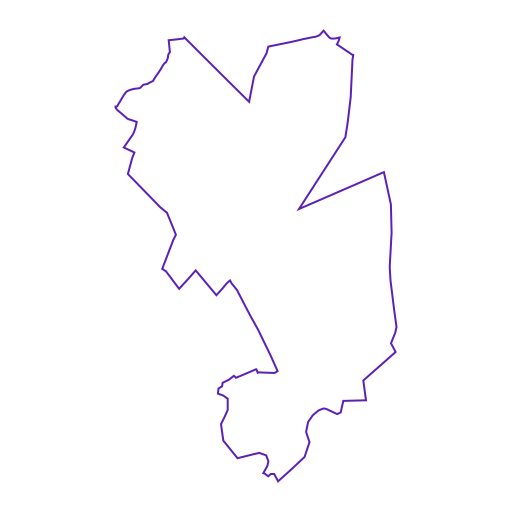 Eleme, Rivers, Nigeria (Natural Earth projection)
{"feature_id": "59680162B65190975434062", "entity_name": "Eleme", "entity_type": "district", "adm_level": 2, "iso_a3": "NGA", "parent_name": "Nigeria", "parent_adm1": "Rivers", "projection": "natural_earth1", "projection_center": [7.122, 4.777], "detail": "fine", "context": "isolated", "style": "outline", "palette": "violet", "viewbox_px": 512, "rotation_deg": 0, "n_neighbors": 0, "source": "geoboundaries", "source_scale": "gbopen_adm2", "svg_char_len": 2289}
<svg xmlns="http://www.w3.org/2000/svg" viewBox="0 0 512 512"><path d="M237.5,458.2L253.6,454.2L259.4,452.9L266.2,455.4L268.4,461.3L267.4,465.9L263.3,473.2L264.9,473.7L268.2,476.3L270.8,474.0L274.2,474.0L278.1,481.3L292.5,468.3L304.6,456.9L309.5,442.1L306.1,432.0L308.1,422.0L312.9,415.1L318.5,410.5L322.0,409.0L323.7,408.5L325.9,408.8L337.2,414.1L340.7,412.4L343.3,400.9L366.0,400.3L363.3,380.5L395.6,352.0L391.0,343.3L395.2,332.8L396.5,327.1L395.5,319.6L394.1,309.5L390.5,280.4L389.7,266.9L391.6,232.7L390.9,204.5L383.9,172.1L299.0,209.0L345.4,137.2L347.8,121.6L350.7,97.0L352.5,59.6L353.2,54.9L351.8,54.5L348.2,51.9L345.9,50.5L342.8,48.3L341.3,47.3L338.6,45.5L336.9,44.4L338.5,41.3L339.3,38.8L339.6,37.5L335.7,38.4L333.0,38.6L331.8,38.6L330.7,38.3L330.3,38.1L329.1,37.3L327.0,34.8L323.6,30.7L322.6,31.8L321.3,33.2L319.8,34.8L318.5,35.7L316.6,36.4L315.4,36.8L312.7,37.2L302.9,39.2L292.4,41.7L268.3,46.6L266.6,53.1L264.3,57.4L254.0,76.6L249.1,101.8L229.2,82.1L200.7,53.7L184.3,37.3L183.7,38.5L174.8,39.6L168.7,40.2L169.9,52.1L168.6,53.9L168.1,55.6L167.8,58.1L166.7,60.8L165.8,62.5L164.6,63.1L163.0,65.2L160.5,69.6L157.7,73.8L155.4,77.0L153.8,79.6L153.0,81.0L151.4,81.8L148.6,83.2L147.5,83.9L143.5,84.7L142.6,85.4L140.7,87.4L139.8,88.1L138.7,88.3L133.8,88.9L132.4,89.3L130.3,89.8L128.9,90.4L127.3,91.1L125.8,92.3L124.5,94.1L123.4,95.8L121.2,99.5L119.7,102.0L118.1,104.6L117.3,106.2L116.7,106.5L115.5,106.5L115.5,107.2L115.9,108.2L117.0,109.7L118.1,110.7L119.8,112.1L121.2,113.3L124.0,115.7L125.7,117.1L127.3,118.6L128.4,119.2L130.9,119.9L136.7,121.9L136.3,124.0L135.9,125.9L135.5,127.5L134.6,130.5L133.0,134.3L123.8,147.5L134.4,152.5L132.2,158.0L127.9,174.0L160.3,207.3L167.0,212.8L175.9,234.7L173.2,240.2L162.2,268.9L166.0,271.3L179.1,288.8L187.6,279.6L195.7,270.4L216.4,295.2L222.8,288.1L226.5,283.6L228.3,281.9L228.8,281.5L230.1,280.5L231.5,283.2L234.0,286.3L236.9,289.9L250.3,315.7L258.1,329.7L270.5,355.3L277.6,371.1L275.5,372.5L274.0,373.0L272.6,372.9L258.6,372.4L257.7,372.8L256.4,369.3L256.2,369.2L253.6,370.3L243.1,374.8L235.9,377.8L235.3,377.0L234.0,375.9L233.1,376.4L231.0,378.1L228.6,379.9L222.6,382.8L222.1,386.3L218.5,388.5L217.9,393.6L223.4,395.6L227.7,398.8L227.7,410.0L224.6,416.9L221.0,424.1L223.3,440.6L237.5,458.2Z" fill="none" stroke="#5b21b6" stroke-width="2"/></svg>